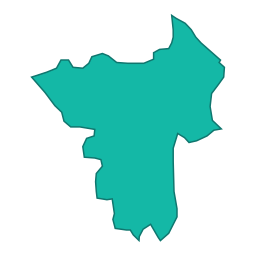 Hampyeong-gun, South Jeolla, South Korea (Equal Earth projection)
{"feature_id": "91817680B7912985797785", "entity_name": "Hampyeong-gun", "entity_type": "district", "adm_level": 2, "iso_a3": "KOR", "parent_name": "South Korea", "parent_adm1": "South Jeolla", "projection": "equal_earth", "projection_center": [126.541, 35.102], "detail": "fine", "context": "isolated", "style": "filled", "palette": "teal", "viewbox_px": 256, "rotation_deg": 0, "n_neighbors": 0, "source": "geoboundaries", "source_scale": "gbopen_adm2", "svg_char_len": 1045}
<svg xmlns="http://www.w3.org/2000/svg" viewBox="0 0 256 256"><path d="M221.3,128.9L212.4,120.4L210.1,106.5L211.6,93.5L218.4,84.5L223.7,77.1L224.4,67.3L219.1,62.5L220.5,60.1L201.0,42.9L195.8,37.2L191.3,29.8L185.2,23.3L176.2,18.4L171.7,15.4L173.2,29.8L173.2,37.2L171.7,42.9L168.7,48.6L159.6,49.4L153.6,52.7L153.6,59.2L143.8,63.3L128.0,63.3L116.7,62.5L108.4,55.9L102.4,53.5L91.9,56.7L88.8,63.3L82.8,68.2L73.0,67.3L68.5,60.0L61.0,60.0L56.5,68.2L46.7,72.2L31.6,77.1L45.1,92.6L54.9,105.7L61.7,112.2L64.0,121.2L70.7,126.9L79.8,126.9L94.8,129.4L94.1,135.9L86.6,138.4L82.8,146.6L84.3,157.2L94.8,158.0L100.9,159.6L102.4,166.2L96.3,173.5L95.6,181.7L96.3,191.5L97.1,198.1L106.9,199.7L112.2,198.9L114.4,213.6L112.9,219.4L115.2,228.4L126.5,230.0L130.3,230.0L133.3,234.9L139.0,240.5L139.3,236.5L143.1,229.2L150.6,224.3L158.2,237.4L160.4,240.6L168.7,233.3L177.0,216.9L177.0,208.7L174.0,191.5L173.2,161.3L173.2,148.2L177.7,133.5L184.5,137.6L189.0,142.5L196.6,140.8L207.1,135.9L213.9,130.2L221.3,128.9Z" fill="#14b8a6" stroke="#0f766e" stroke-width="1.5"/></svg>